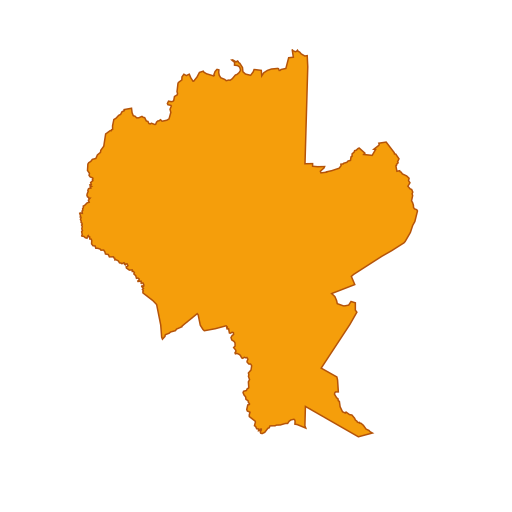 the district of San Marcos, Jalisco, Mexico, rotated 259°
{"feature_id": "50627088B3793649992837", "entity_name": "San Marcos", "entity_type": "district", "adm_level": 2, "iso_a3": "MEX", "parent_name": "Mexico", "parent_adm1": "Jalisco", "projection": "albers", "projection_center": [-104.227, 20.824], "detail": "fine", "context": "isolated", "style": "filled", "palette": "amber", "viewbox_px": 512, "rotation_deg": 259, "n_neighbors": 0, "source": "geoboundaries", "source_scale": "gbopen_adm2", "svg_char_len": 6074}
<svg xmlns="http://www.w3.org/2000/svg" viewBox="0 0 512 512"><g transform="rotate(259 256 256)"><path d="M424.9,153.9L424.4,154.8L423.7,154.3L423.2,152.0L420.8,150.1L420.3,148.1L417.9,144.8L417.1,142.5L411.1,140.0L407.6,139.4L407.5,138.3L406.6,137.8L406.9,136.8L404.5,131.7L392.8,127.5L389.4,123.8L387.4,123.1L385.5,119.6L382.3,117.4L382.1,113.8L380.4,111.9L379.5,109.6L378.3,108.5L372.1,106.9L368.9,108.3L367.0,107.5L365.3,108.3L363.8,110.6L362.8,110.7L362.2,110.0L361.1,110.2L359.7,107.7L357.6,108.0L357.5,106.5L356.6,106.7L355.7,107.8L355.4,106.4L354.2,106.8L354.1,104.6L353.6,104.1L352.3,103.4L351.5,103.6L349.0,102.0L347.8,101.6L346.1,101.9L345.6,102.8L344.6,102.9L344.4,104.1L342.7,102.1L340.6,102.5L340.4,100.4L338.3,97.3L338.0,96.0L336.2,95.7L335.7,94.9L333.7,94.6L333.3,93.8L331.0,93.7L331.8,91.7L331.6,91.1L328.9,91.4L327.9,90.9L327.7,91.5L327.1,91.6L325.3,90.6L324.0,91.1L322.3,90.7L321.5,91.4L320.2,91.4L319.7,90.7L318.2,91.1L315.9,90.2L314.1,90.5L313.2,89.5L310.1,89.5L309.5,88.9L308.7,88.9L308.1,90.7L306.5,91.9L305.7,93.5L306.6,94.0L306.8,94.8L307.8,94.8L308.0,95.3L307.4,95.3L306.5,96.4L304.4,96.1L304.0,97.4L302.6,97.7L299.3,96.9L297.2,97.9L296.5,100.0L294.2,100.2L293.7,102.3L292.4,104.5L291.3,104.9L290.9,107.6L288.6,108.5L286.7,108.6L285.6,111.3L283.1,111.9L282.4,115.9L281.0,116.3L280.6,117.0L279.1,116.7L279.0,117.9L277.5,119.9L275.3,120.7L274.7,122.3L274.0,122.9L274.6,125.1L273.8,125.6L273.1,125.3L272.2,126.0L273.0,127.0L273.0,127.9L271.0,128.5L270.4,127.9L270.2,126.5L268.9,126.5L266.3,129.0L266.0,131.8L264.4,131.6L264.3,132.7L262.9,133.4L261.7,132.7L259.6,134.2L256.9,134.4L256.9,135.9L255.5,137.0L254.6,136.5L254.0,135.2L253.5,135.3L253.2,138.4L251.2,138.1L251.1,139.9L249.2,140.4L247.9,140.1L247.6,139.4L248.6,138.5L247.8,138.0L245.6,139.3L244.8,138.1L243.2,138.8L242.5,138.1L241.3,138.0L231.7,146.4L227.3,149.2L206.4,149.3L194.3,147.9L192.2,148.3L194.4,151.3L195.7,151.7L196.1,152.4L196.8,156.1L197.7,157.6L198.1,162.7L199.4,164.0L200.7,169.8L201.2,169.9L202.7,172.5L210.6,187.3L209.3,188.0L198.7,188.1L194.0,189.9L192.5,191.0L192.4,202.3L193.2,213.3L191.8,214.3L191.3,214.2L191.2,213.6L189.9,213.7L189.8,215.2L185.5,215.2L185.1,216.1L185.7,218.0L185.1,219.2L183.2,219.0L182.5,217.4L180.7,215.9L178.2,216.2L176.3,218.2L174.6,218.8L171.6,218.3L170.4,216.6L167.3,218.2L166.1,218.0L165.2,217.0L164.1,217.0L163.8,217.4L164.1,218.6L162.7,220.6L161.6,221.6L158.6,222.6L158.1,223.4L158.8,225.2L158.0,226.6L158.1,227.7L156.2,228.4L154.4,227.1L153.3,227.1L151.2,228.5L151.1,229.9L150.6,230.3L149.1,230.8L145.1,229.4L142.6,226.2L140.8,226.3L139.3,225.6L135.9,226.1L133.9,224.5L128.3,223.8L127.7,223.4L127.5,222.2L125.8,220.9L125.6,218.0L124.3,217.2L121.6,217.8L119.8,218.9L117.2,218.8L115.4,220.6L113.7,220.6L112.2,221.4L111.5,221.2L111.4,219.5L107.1,217.6L105.5,217.9L103.8,220.3L101.2,219.0L99.6,218.8L94.0,223.7L93.0,223.7L89.7,222.1L88.7,223.1L86.3,223.7L85.7,225.6L84.0,225.1L84.1,226.1L85.3,227.9L85.1,228.2L84.1,228.0L82.5,226.6L81.2,226.8L80.5,228.1L81.2,230.9L84.6,234.8L84.9,236.3L86.4,237.1L86.5,237.8L85.7,242.4L86.1,243.7L85.5,247.6L86.0,252.7L85.6,255.1L87.4,256.9L88.4,258.9L88.5,262.1L87.5,262.8L86.2,262.8L83.5,262.1L82.7,264.2L77.6,272.0L80.0,271.6L98.9,275.8L59.0,322.0L60.0,336.5L61.8,334.4L63.2,333.6L65.1,331.0L69.3,329.1L71.8,327.1L72.1,325.9L72.9,325.8L73.0,324.6L73.8,323.7L74.4,323.7L76.1,322.2L77.8,321.9L81.6,319.8L82.5,317.5L85.6,314.6L84.8,313.7L86.6,311.2L92.0,309.8L97.4,310.1L98.2,309.2L100.3,309.2L101.4,308.1L105.3,306.7L106.7,307.2L107.4,308.2L106.9,310.9L118.7,312.4L121.8,312.3L133.5,298.6L170.9,335.1L181.6,344.3L183.9,343.2L191.1,344.6L193.2,340.6L190.1,337.6L190.1,333.7L190.4,332.2L193.7,326.7L196.9,326.6L201.1,325.7L204.7,323.1L209.1,347.5L217.8,345.7L219.3,348.3L231.8,379.7L235.3,390.1L240.7,403.8L241.8,405.2L249.6,412.0L256.2,415.7L259.5,418.5L269.4,423.1L270.8,422.6L272.0,420.6L273.6,419.9L275.8,420.2L278.5,419.9L280.5,419.2L285.4,421.3L287.3,421.1L288.8,422.1L291.6,421.5L292.5,420.1L295.5,418.4L298.5,421.1L300.8,420.1L303.1,421.1L305.8,419.2L308.7,415.3L310.6,414.5L311.2,413.5L312.3,413.3L312.3,410.5L317.8,410.5L318.1,411.2L319.3,411.5L319.9,412.8L320.8,413.3L321.6,413.0L324.1,414.9L329.4,412.6L329.8,411.4L331.1,411.4L343.0,405.5L343.3,398.1L342.2,398.3L341.2,397.7L338.3,392.0L337.7,393.7L332.6,389.2L335.1,381.1L336.2,382.5L342.3,377.9L342.1,376.8L340.7,374.5L340.6,372.9L339.2,372.1L338.0,369.9L335.4,369.2L335.2,368.2L331.8,367.0L331.7,364.5L330.6,363.0L330.3,359.7L329.8,359.3L329.9,356.8L328.5,356.8L326.3,354.4L325.3,346.6L325.2,341.3L324.8,341.3L325.2,335.6L326.9,335.3L329.4,339.5L330.7,340.4L331.9,333.5L333.3,328.7L335.9,329.2L337.2,321.7L431.8,342.9L442.9,344.5L443.0,342.1L445.8,338.9L447.8,337.8L448.9,336.4L450.1,336.0L449.2,334.9L449.0,333.6L450.5,331.4L451.9,330.9L444.0,330.6L444.4,325.9L434.4,321.1L434.3,316.1L433.6,315.2L433.7,314.2L435.6,313.8L436.0,313.1L436.6,306.8L436.0,302.6L434.4,298.6L431.7,296.0L437.2,296.6L439.1,290.9L439.4,289.7L437.3,288.4L434.4,285.2L436.6,280.4L439.4,278.3L443.6,278.7L448.2,276.9L449.3,275.7L450.4,275.6L451.0,275.0L450.3,273.5L453.0,270.5L453.0,269.6L450.2,271.9L447.4,271.3L446.5,274.1L445.2,275.5L444.2,276.1L441.3,276.3L439.3,274.5L437.8,271.9L437.6,270.3L434.6,266.6L433.4,264.1L433.9,263.0L433.8,260.2L435.3,259.0L437.7,255.4L440.4,254.4L443.1,254.4L445.8,255.1L446.4,253.9L446.6,253.2L444.9,251.0L442.1,249.3L441.2,249.5L440.8,248.8L444.4,242.1L446.4,239.9L447.5,239.5L447.0,235.5L442.9,232.2L439.5,228.2L439.6,227.5L443.3,226.0L447.2,225.2L446.4,222.0L448.2,219.9L445.9,217.5L443.0,216.8L441.1,212.9L440.2,212.3L432.3,209.8L430.7,210.0L429.3,209.5L428.1,206.4L424.3,204.9L423.7,204.0L423.6,202.5L424.7,199.7L422.6,198.1L421.3,198.4L420.1,201.2L419.4,201.5L416.4,199.6L413.2,199.8L407.2,196.8L406.3,194.4L406.2,189.5L408.0,188.3L407.2,186.5L407.3,185.4L406.4,183.9L404.5,182.7L404.3,181.9L406.3,178.6L405.8,177.4L406.5,176.1L408.7,175.6L409.5,174.1L413.1,173.1L413.5,171.9L414.8,170.7L414.0,167.1L414.4,165.2L416.3,163.9L417.1,162.3L420.3,161.7L424.8,162.0L424.9,153.9Z" fill="#f59e0b" stroke="#b45309" stroke-width="1.5"/></g></svg>